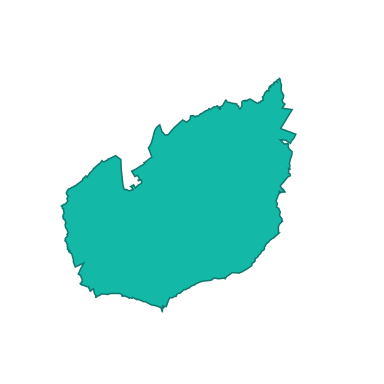 the district of Tlajomulco de Zúñiga, Jalisco, Mexico, rotated 312°
{"feature_id": "50627088B44969093243070", "entity_name": "Tlajomulco de Zúñiga", "entity_type": "district", "adm_level": 2, "iso_a3": "MEX", "parent_name": "Mexico", "parent_adm1": "Jalisco", "projection": "mercator", "projection_center": [-103.397, 20.482], "detail": "fine", "context": "isolated", "style": "filled", "palette": "teal", "viewbox_px": 384, "rotation_deg": 312, "n_neighbors": 0, "source": "geoboundaries", "source_scale": "gbopen_adm2", "svg_char_len": 6024}
<svg xmlns="http://www.w3.org/2000/svg" viewBox="0 0 384 384"><g transform="rotate(312 192 192)"><path d="M92.1,248.5L95.3,247.1L98.6,246.2L99.7,247.7L101.0,248.5L102.8,248.7L103.5,249.9L103.9,250.0L106.2,249.2L107.3,249.5L108.5,250.7L112.5,251.3L113.8,251.1L114.2,251.7L115.6,252.8L117.5,253.2L118.9,254.1L120.8,254.3L123.9,255.4L124.4,256.1L126.1,256.2L130.9,258.4L133.1,259.8L138.7,264.8L140.1,265.6L141.6,265.5L142.0,266.0L143.2,266.4L143.9,267.4L144.5,268.8L145.8,270.3L149.5,273.5L150.2,273.6L150.4,274.1L150.0,274.6L152.6,274.3L159.2,276.0L163.4,281.4L165.0,281.9L165.4,282.3L171.8,284.4L177.2,285.7L179.1,284.4L182.0,285.2L182.7,285.1L183.4,284.7L184.5,283.5L187.6,284.3L190.7,283.8L191.9,284.2L194.7,283.4L196.5,284.1L197.5,284.1L198.3,283.8L199.5,282.7L201.0,282.7L202.2,281.9L206.6,282.4L208.5,282.2L210.3,282.7L210.6,282.6L212.5,283.4L219.6,284.1L219.2,283.7L220.0,283.4L220.4,282.6L220.9,282.5L221.3,281.9L224.2,279.3L226.7,278.5L230.9,278.8L230.7,278.0L231.9,277.3L232.5,276.3L232.6,274.5L233.5,272.3L236.1,271.1L237.4,268.4L237.8,267.4L237.5,264.7L237.9,264.3L239.7,263.8L240.3,263.3L240.7,262.8L241.1,261.2L241.8,260.4L248.3,257.8L249.7,258.1L249.7,257.1L250.7,256.3L251.3,256.6L251.1,258.0L251.4,258.4L254.3,261.1L254.5,260.4L253.5,259.7L253.8,258.8L254.8,259.0L255.1,257.1L254.5,256.3L255.9,253.3L259.1,253.5L267.2,253.1L269.9,254.2L271.0,252.6L270.6,251.1L273.7,248.8L274.0,248.1L274.6,249.4L275.1,248.3L277.3,247.1L278.0,245.6L281.3,243.6L286.5,241.3L289.0,239.4L289.0,235.0L290.3,232.7L292.0,231.9L292.1,231.0L291.6,230.3L290.7,230.0L290.2,229.1L289.2,228.1L289.7,225.5L289.8,222.7L293.3,227.0L293.4,229.7L294.1,232.6L296.1,231.8L300.3,231.7L304.4,230.5L298.4,215.4L320.3,211.3L314.7,203.1L315.8,202.6L317.1,202.8L318.2,202.3L319.2,202.4L319.5,202.1L319.7,201.8L319.1,199.8L319.8,199.0L320.7,197.1L322.5,197.2L325.1,195.5L325.6,194.5L325.3,193.5L326.0,193.3L326.6,191.3L327.0,190.6L328.1,189.3L331.4,186.9L333.1,183.8L334.3,182.8L334.2,182.5L334.4,182.4L335.0,181.0L334.8,180.8L333.8,181.4L332.8,180.5L331.8,180.5L330.6,180.8L330.4,181.5L330.0,180.3L329.7,180.4L329.3,180.1L328.0,180.1L328.0,179.7L327.1,179.8L327.0,180.2L327.2,180.4L326.4,180.9L325.8,180.5L325.0,179.5L323.5,179.8L323.3,179.2L322.2,179.1L321.5,179.5L321.6,179.9L321.0,179.5L320.6,179.7L318.4,181.3L318.0,181.2L317.8,180.0L317.5,179.8L315.8,180.1L315.1,179.7L311.9,180.8L310.4,180.9L309.7,180.7L309.4,181.1L309.4,182.1L308.2,182.6L308.1,183.3L307.6,183.5L307.0,183.4L306.3,182.6L304.9,182.3L304.3,182.8L303.4,181.7L302.2,182.0L301.6,181.0L300.0,173.0L298.6,172.1L296.9,171.9L296.9,171.4L296.1,170.8L296.1,171.4L295.9,171.4L295.9,170.7L295.2,170.8L295.4,170.2L294.4,169.1L292.7,168.8L291.8,169.1L290.6,170.5L289.0,171.7L287.7,171.8L286.4,172.3L285.6,171.7L286.4,169.8L286.9,169.3L286.7,166.7L287.3,166.4L286.6,164.8L285.0,163.2L285.3,162.9L284.2,161.6L283.9,160.3L282.5,158.1L282.5,157.3L283.1,156.2L282.8,155.6L282.0,155.6L280.3,156.4L279.1,156.2L278.5,156.6L277.5,156.9L275.2,156.5L274.2,156.0L273.5,156.7L273.1,157.5L272.2,157.6L272.1,155.6L272.9,155.7L273.3,155.5L272.8,154.3L273.0,153.2L272.3,152.8L271.6,152.9L269.8,151.3L266.1,150.5L265.5,149.8L265.5,148.9L265.1,148.8L264.1,149.2L261.1,147.7L260.4,147.9L260.2,147.4L257.2,146.9L255.5,146.0L252.6,145.8L252.4,145.4L251.3,144.9L251.3,144.5L250.1,144.2L250.2,143.7L249.5,143.4L249.8,142.2L249.7,141.8L248.6,140.9L248.3,140.9L247.6,140.0L246.1,140.9L245.5,141.6L244.5,142.0L240.3,141.3L239.3,136.9L228.1,135.7L223.4,135.7L219.1,136.0L218.2,135.6L216.5,134.0L216.2,133.2L216.8,130.6L216.4,130.0L220.3,123.1L218.8,122.7L216.5,122.5L212.9,123.1L201.5,128.9L197.7,129.9L195.6,130.0L193.5,134.4L190.9,138.9L188.4,138.1L181.9,137.1L181.7,136.8L181.4,137.8L179.3,137.3L176.8,136.4L171.0,134.9L170.8,134.6L168.3,134.0L168.4,133.7L167.1,133.2L165.3,139.3L167.9,140.4L166.5,144.9L164.8,144.0L164.5,144.6L167.0,146.1L167.0,146.7L164.5,148.7L161.7,147.5L157.1,147.2L158.3,143.8L154.9,142.8L155.1,143.8L154.4,146.6L153.7,146.5L152.7,145.5L152.3,145.6L150.8,144.6L149.8,141.1L148.8,140.8L148.7,139.5L151.0,136.0L161.7,124.0L168.5,117.4L167.9,110.9L160.5,107.9L160.4,107.7L159.9,108.0L157.4,107.0L155.9,106.7L155.1,105.8L155.1,104.1L151.3,104.5L150.6,104.0L149.8,104.3L149.6,103.9L148.7,103.7L147.4,103.9L145.9,103.4L144.5,103.6L143.9,103.2L143.3,103.1L142.3,103.5L139.8,103.6L138.2,103.3L132.8,104.1L133.1,102.8L133.0,102.4L128.5,102.1L127.3,102.8L119.5,101.3L118.9,101.4L118.2,100.8L116.2,100.3L114.9,99.5L113.6,99.4L111.9,98.3L109.2,98.5L107.1,99.3L106.3,101.0L106.2,102.8L105.2,103.2L104.3,103.1L103.5,103.5L103.0,104.0L102.4,105.4L101.7,105.9L99.9,105.8L99.0,106.0L97.7,105.6L96.9,105.0L94.1,104.3L94.1,105.6L93.8,106.3L92.9,106.9L93.4,107.9L90.2,111.5L88.8,111.5L88.3,111.8L87.1,112.7L87.0,113.4L86.1,114.0L86.0,115.5L86.3,116.5L85.2,117.7L84.7,119.1L83.4,119.2L82.5,119.9L80.9,122.0L80.5,123.4L80.7,124.1L79.7,125.4L79.2,126.7L78.0,127.4L76.8,127.4L76.8,128.2L76.1,128.9L72.9,128.9L71.0,130.0L70.7,130.5L70.8,131.8L70.1,132.9L69.4,134.9L67.8,135.9L67.8,136.9L67.4,137.3L66.2,137.5L66.0,137.9L66.6,139.1L65.3,140.2L66.4,140.8L65.2,141.9L65.6,143.5L65.3,144.4L62.1,149.5L61.0,150.2L60.7,150.7L58.2,155.4L66.8,159.1L60.6,160.6L54.8,162.6L55.5,164.8L55.3,164.9L55.0,166.0L54.5,166.6L53.3,169.4L52.4,170.0L51.2,170.1L51.2,170.5L49.0,170.3L49.1,172.2L49.5,172.7L51.9,178.4L52.4,178.6L51.5,179.8L50.2,182.8L52.5,183.2L53.5,183.1L54.1,183.6L53.4,184.9L52.0,186.2L51.0,188.3L51.0,189.1L49.8,190.7L49.4,190.9L50.0,191.4L51.1,191.0L52.1,191.9L53.0,192.0L54.5,192.9L55.6,192.8L59.0,197.0L58.9,197.3L59.7,198.2L60.6,198.5L62.6,199.9L67.7,205.6L68.6,207.0L68.5,208.8L67.8,209.9L68.3,210.1L68.7,209.8L69.2,210.0L69.0,211.2L70.1,212.0L70.2,212.8L70.8,214.2L71.1,216.5L71.8,216.5L73.1,218.8L74.1,218.5L75.1,223.1L75.7,223.0L76.2,223.8L77.5,227.4L77.7,227.5L77.9,229.1L79.2,230.7L80.9,237.3L83.5,241.6L84.3,243.5L85.2,246.6L83.5,249.2L83.5,249.8L87.6,246.3L88.2,246.7L87.2,248.2L88.7,248.3L89.7,249.6L91.1,248.9L91.4,248.5L92.0,248.3L92.1,248.5Z" fill="#14b8a6" stroke="#0f766e" stroke-width="1.5"/></g></svg>